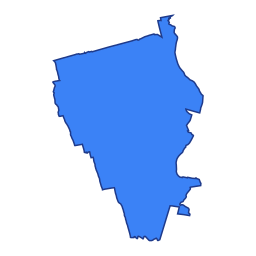 Costesti, Vaslui, Romania (Natural Earth projection)
{"feature_id": "2599482B89888252920776", "entity_name": "Costesti", "entity_type": "district", "adm_level": 2, "iso_a3": "ROU", "parent_name": "Romania", "parent_adm1": "Vaslui", "projection": "natural_earth1", "projection_center": [27.779, 46.468], "detail": "fine", "context": "isolated", "style": "filled", "palette": "blue", "viewbox_px": 256, "rotation_deg": 0, "n_neighbors": 0, "source": "geoboundaries", "source_scale": "gbopen_adm2", "svg_char_len": 5715}
<svg xmlns="http://www.w3.org/2000/svg" viewBox="0 0 256 256"><path d="M189.6,215.6L189.9,214.6L189.9,214.1L189.5,213.7L188.6,212.9L188.5,212.5L188.7,212.1L188.7,211.0L189.1,209.9L189.0,209.4L188.7,208.6L188.4,208.2L185.1,206.4L183.7,205.3L183.2,205.0L182.7,204.8L181.7,204.7L180.6,205.2L180.2,205.1L179.9,204.8L179.8,204.2L180.0,203.6L180.4,203.1L180.8,202.5L181.1,202.2L182.8,201.7L183.3,201.1L184.0,199.7L184.6,199.1L185.1,198.7L185.7,197.9L186.2,197.0L186.3,196.5L186.0,195.6L186.1,195.3L186.3,194.5L186.9,193.4L189.8,189.8L190.2,189.3L190.4,188.6L190.1,187.4L190.9,187.1L200.7,185.6L200.9,183.3L200.3,182.4L199.2,179.5L197.8,178.9L196.8,178.7L196.4,178.1L195.7,178.0L195.4,178.5L192.4,178.3L190.5,177.9L187.7,177.3L187.4,177.8L182.9,176.9L182.1,177.6L181.6,177.3L180.4,177.2L179.9,177.1L179.5,176.8L178.3,175.8L177.4,174.6L177.0,174.0L176.4,172.1L176.3,171.5L176.5,169.3L176.3,164.8L176.1,163.4L176.1,162.6L176.3,161.4L176.8,159.3L177.2,158.4L177.7,157.5L178.2,156.8L178.9,155.8L180.9,153.7L181.4,153.4L181.8,153.0L182.3,152.5L182.7,152.0L182.9,151.6L183.1,150.6L184.0,149.2L184.3,148.6L184.9,147.8L185.3,147.6L185.7,147.2L185.8,146.2L185.9,145.7L186.1,145.3L187.7,144.7L188.9,143.6L189.6,142.8L191.3,139.9L193.4,135.8L193.3,135.6L193.3,135.4L193.1,135.2L192.8,134.9L191.9,134.5L191.3,133.2L190.8,132.8L189.1,132.4L188.4,132.2L188.0,131.8L187.6,130.9L188.6,130.6L186.5,125.4L186.6,125.2L188.0,123.2L189.4,121.5L190.2,120.2L191.2,116.9L191.8,114.9L189.2,113.7L187.0,111.7L186.6,111.1L186.0,109.6L185.9,109.1L198.8,112.7L199.7,112.9L200.6,109.1L200.7,108.3L200.7,107.8L201.1,107.0L201.8,105.0L202.1,104.1L202.5,102.7L202.6,101.9L202.9,97.7L202.9,97.0L203.0,96.4L203.1,95.9L202.9,95.5L201.7,94.5L201.2,94.0L200.7,93.0L200.0,91.9L199.5,91.0L199.0,89.4L198.6,88.7L196.7,86.2L196.2,85.5L195.8,84.5L194.4,82.4L193.8,81.8L192.3,80.8L190.1,79.9L187.7,77.6L185.9,76.3L185.2,75.6L184.8,75.1L184.1,73.2L183.6,72.2L182.2,70.7L180.0,68.1L179.1,66.6L177.8,63.8L176.3,58.9L175.5,55.5L174.9,52.6L175.0,51.6L175.4,49.5L175.5,48.0L176.1,43.7L176.4,42.3L176.8,40.8L177.2,39.8L177.5,38.2L177.5,37.1L177.2,36.4L176.2,35.3L175.6,34.4L175.1,33.9L174.8,33.8L174.6,33.4L174.2,32.6L174.1,32.2L174.2,31.5L174.4,29.5L174.6,29.0L175.1,28.2L175.1,27.9L175.0,27.3L174.6,26.7L174.2,26.4L173.9,26.3L172.8,26.1L172.2,25.9L171.7,25.6L170.8,24.9L169.0,24.2L168.8,23.6L168.9,23.2L169.3,22.6L168.9,21.7L168.0,20.6L168.1,20.3L169.1,19.7L169.0,19.4L168.7,19.0L168.7,18.7L169.0,18.0L169.3,18.0L170.0,18.3L170.2,18.2L170.4,18.0L170.2,17.2L170.8,16.4L172.1,15.8L172.4,15.5L172.6,15.5L172.7,15.4L160.5,17.7L160.9,19.7L161.0,20.5L160.4,20.4L159.9,20.5L157.9,20.7L158.0,21.6L159.4,27.5L161.9,37.2L157.5,34.5L154.4,34.6L154.1,34.0L153.8,34.0L150.8,34.9L149.5,35.2L148.6,35.5L147.9,35.8L144.9,36.7L140.7,38.8L139.5,39.2L139.2,39.6L138.8,40.0L138.1,40.1L137.6,39.9L137.4,39.7L137.2,39.5L136.7,39.5L135.8,39.6L131.5,41.0L108.5,47.1L92.1,51.8L91.7,51.4L89.3,52.0L88.8,51.6L87.4,52.1L86.0,52.8L85.2,53.0L85.3,53.3L85.2,53.3L84.9,53.2L84.5,52.6L84.2,53.3L79.4,54.3L78.9,53.7L77.8,54.0L76.5,54.1L75.2,54.6L62.0,58.3L53.7,60.7L54.6,61.6L55.2,62.4L55.4,62.7L55.5,63.4L55.7,63.9L55.9,64.9L56.3,67.2L56.5,68.6L56.5,69.4L56.8,69.9L57.0,70.5L57.4,71.6L57.7,72.9L58.0,74.4L58.6,76.4L58.8,78.1L59.2,79.6L59.5,80.4L59.6,80.5L57.7,80.8L57.1,81.0L56.0,81.1L53.4,81.7L53.1,81.8L52.9,82.1L53.2,82.7L54.7,84.6L55.1,85.3L55.1,85.6L55.1,86.3L54.5,87.4L53.9,89.6L53.9,90.1L53.7,90.6L53.4,91.3L53.3,91.5L53.4,92.0L53.6,92.3L54.0,92.6L54.2,93.0L54.1,93.3L53.8,94.0L53.7,94.4L53.8,95.1L53.8,95.5L54.2,96.9L54.3,97.3L54.4,97.6L54.5,98.3L54.8,98.9L54.9,99.9L55.0,100.7L55.0,102.0L55.2,103.3L55.3,103.5L55.9,104.3L56.6,104.6L56.7,104.8L57.1,105.6L57.9,106.4L58.3,107.1L58.8,110.2L58.5,111.2L58.3,111.9L58.1,112.2L58.3,113.0L58.4,114.4L59.0,115.9L59.2,116.3L60.2,116.3L63.0,115.7L63.3,116.5L63.7,117.6L64.6,119.7L64.8,120.7L65.2,121.7L66.3,123.6L66.8,124.1L67.5,125.4L67.9,125.9L68.2,126.6L68.8,127.9L69.0,128.2L69.8,130.1L70.0,131.2L70.4,131.5L70.5,132.2L70.6,133.9L70.5,134.4L70.6,135.0L70.8,135.6L71.3,136.4L71.5,137.0L71.7,137.7L73.1,140.5L74.4,144.3L74.7,145.5L74.9,145.6L82.4,144.3L82.7,145.6L83.8,149.3L84.2,151.0L84.3,152.2L84.4,152.4L84.7,152.5L86.5,152.2L86.6,152.4L86.2,152.7L86.2,152.8L86.7,152.7L87.1,152.8L87.1,153.0L87.5,153.0L87.7,152.6L87.9,152.5L88.0,152.2L89.4,151.8L89.6,151.8L89.8,152.4L90.1,154.2L90.5,155.8L91.1,157.7L93.1,157.3L93.5,158.5L93.8,160.8L94.0,161.7L95.0,164.3L95.1,166.0L95.4,167.0L95.5,167.3L95.7,168.4L95.9,168.8L96.3,170.2L96.8,171.2L97.1,172.0L97.5,172.9L98.2,175.0L98.3,175.8L99.1,177.7L99.4,178.2L99.7,180.1L99.9,181.4L100.6,183.8L101.2,186.0L102.4,189.0L102.5,189.8L104.6,189.2L111.1,188.1L114.3,187.7L114.7,188.8L114.7,189.3L115.5,193.3L115.8,194.1L116.3,195.8L116.7,197.8L118.0,201.3L118.4,202.1L118.8,202.6L119.6,203.2L120.6,203.8L120.8,204.1L121.9,206.0L122.2,206.7L122.7,208.4L123.2,209.7L123.7,211.8L124.2,213.2L124.4,214.1L124.3,214.7L124.3,215.0L124.6,216.1L125.1,217.0L125.4,217.8L125.5,218.4L125.7,219.8L126.0,220.2L126.6,223.0L127.6,225.6L127.8,226.6L129.7,233.3L130.4,236.3L130.4,237.2L130.9,237.6L133.6,237.6L133.9,237.6L134.1,237.4L134.2,236.7L134.4,236.6L134.8,236.6L135.3,236.9L136.1,237.9L137.1,238.6L137.3,238.6L137.5,238.4L137.7,237.7L138.0,236.4L138.6,236.3L140.2,237.0L141.5,237.9L142.7,238.4L143.0,238.8L143.3,238.4L143.7,237.6L143.9,237.0L144.1,236.5L144.6,236.4L145.2,236.4L145.5,236.6L148.9,240.2L149.6,240.6L150.5,240.6L151.5,240.6L152.4,240.3L153.0,240.0L154.3,239.0L154.9,239.0L155.2,238.8L155.9,238.3L156.2,238.2L156.7,238.5L157.6,240.4L157.8,240.5L158.1,240.5L159.8,239.7L170.1,205.8L172.2,205.9L173.9,206.2L179.3,207.0L177.6,213.9L183.7,214.6L189.6,215.6Z" fill="#3b82f6" stroke="#1e3a8a" stroke-width="1.5"/></svg>